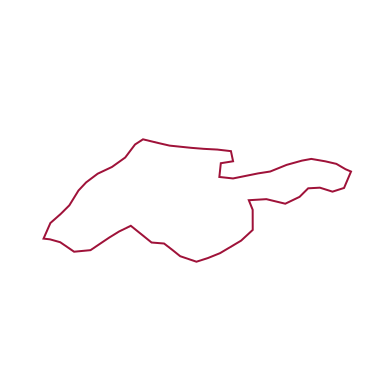 Melanarga, Cyprus, rotated 158°
{"feature_id": "46923920B8194209200989", "entity_name": "Melanarga", "entity_type": "district", "adm_level": 2, "iso_a3": "CYP", "parent_name": "Cyprus", "parent_adm1": "", "projection": "mercator", "projection_center": [34.202, 35.508], "detail": "fine", "context": "isolated", "style": "outline", "palette": "rose", "viewbox_px": 384, "rotation_deg": 158, "n_neighbors": 0, "source": "geoboundaries", "source_scale": "gbopen_adm2", "svg_char_len": 826}
<svg xmlns="http://www.w3.org/2000/svg" viewBox="0 0 384 384"><g transform="rotate(158 192 192)"><path d="M347.1,204.4L341.4,201.3L333.0,194.8L323.7,180.8L307.9,176.1L285.6,180.8L274.4,182.7L261.4,183.6L248.4,160.3L237.2,154.7L231.7,145.3L227.0,136.9L214.0,125.7L201.9,124.8L188.9,124.8L164.7,128.5L149.9,134.1L142.4,152.8L142.4,163.1L125.7,157.5L109.9,146.2L94.1,147.2L82.9,151.9L71.8,148.1L61.6,139.7L49.5,138.8L36.9,151.4L41.1,155.6L47.6,164.0L56.9,170.5L69.0,178.0L78.3,179.9L94.1,181.7L111.8,181.7L123.8,184.5L148.9,189.2L161.0,195.7L154.5,207.9L142.4,205.1L140.6,215.3L152.7,221.9L164.7,227.5L175.9,233.1L195.4,243.4L204.7,249.9L217.7,259.2L227.0,257.4L241.0,249.0L256.8,245.2L272.6,244.3L286.5,240.6L296.7,235.9L310.7,225.6L321.8,220.9L334.9,216.3L347.1,204.4Z" fill="none" stroke="#9f1239" stroke-width="2"/></g></svg>